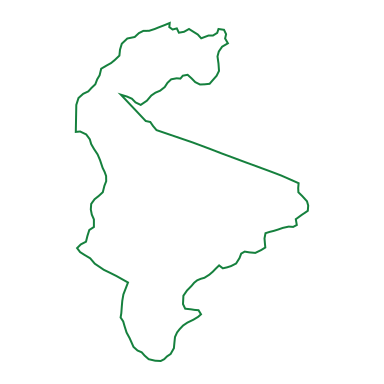 the district of Itatiaia, Rio de Janeiro, Brazil
{"feature_id": "56859067B89596650160395", "entity_name": "Itatiaia", "entity_type": "district", "adm_level": 2, "iso_a3": "BRA", "parent_name": "Brazil", "parent_adm1": "Rio de Janeiro", "projection": "mercator", "projection_center": [-44.586, -22.443], "detail": "fine", "context": "isolated", "style": "outline", "palette": "green", "viewbox_px": 384, "rotation_deg": 0, "n_neighbors": 0, "source": "geoboundaries", "source_scale": "gbopen_adm2", "svg_char_len": 2322}
<svg xmlns="http://www.w3.org/2000/svg" viewBox="0 0 384 384"><path d="M76.3,104.9L75.8,131.9L80.1,131.5L86.2,134.4L89.8,139.3L91.2,144.1L93.9,148.8L97.6,154.4L100.0,160.0L102.6,167.8L104.6,171.9L106.1,176.0L106.2,181.2L104.4,185.8L102.8,192.2L98.8,195.9L94.6,199.2L91.2,203.9L90.8,209.5L91.8,214.6L93.9,219.4L93.9,227.0L89.3,230.0L87.4,236.0L86.0,241.7L80.8,244.4L77.1,248.1L80.1,252.1L84.8,255.1L90.2,258.3L94.8,263.7L100.0,267.2L103.8,269.8L109.6,272.6L116.4,276.0L128.0,282.5L123.4,294.4L122.3,300.7L121.8,306.5L121.3,313.2L120.6,317.5L123.2,321.4L124.6,326.3L126.6,332.6L129.6,338.1L133.5,346.9L137.5,350.5L141.7,352.3L144.6,355.6L148.7,359.2L155.1,360.7L160.7,361.0L164.2,359.2L167.0,356.4L170.6,354.0L173.9,348.2L174.4,342.8L175.0,337.0L177.1,332.4L179.6,329.2L183.1,325.5L187.4,322.6L193.4,319.7L198.2,316.8L201.0,314.3L198.5,310.2L194.6,309.9L190.8,309.3L185.2,308.7L183.0,304.1L183.4,295.7L187.0,290.5L191.5,285.9L194.2,282.7L197.2,280.3L200.8,278.8L204.4,277.8L209.3,274.7L212.8,271.7L215.7,268.7L219.1,265.4L222.8,268.3L226.9,267.4L231.0,266.1L236.1,263.5L239.5,258.1L241.2,253.6L244.7,251.6L249.5,252.4L255.3,252.9L261.1,250.1L265.3,247.5L264.9,243.2L264.5,238.4L265.5,233.2L269.6,231.9L273.7,230.9L277.9,229.6L282.8,227.9L288.7,226.6L293.2,226.9L296.8,225.0L295.8,219.2L301.7,214.9L307.8,210.8L308.2,205.6L307.0,201.3L302.2,196.0L298.4,192.3L298.2,188.1L298.6,183.2L281.4,175.6L274.6,173.0L268.2,170.6L246.1,162.5L221.3,153.3L211.0,149.3L192.8,142.5L156.5,130.1L153.1,126.1L150.3,122.0L145.7,121.0L120.9,94.7L127.1,96.6L131.9,98.7L135.5,102.4L140.7,104.9L146.9,100.7L151.3,95.5L155.4,92.7L160.1,90.7L164.7,87.1L167.5,82.8L171.2,79.3L176.6,78.3L180.4,78.6L182.8,75.7L187.6,74.8L191.5,78.3L195.2,82.1L200.0,84.5L204.8,84.3L209.6,83.8L212.8,80.1L216.6,75.8L219.0,70.9L218.5,63.7L217.5,56.4L218.8,51.5L222.1,46.7L227.9,43.3L225.1,38.5L226.1,34.2L224.0,29.8L218.5,29.0L217.2,32.9L213.0,35.5L208.6,35.5L201.2,38.3L197.8,34.5L193.6,31.9L189.0,29.0L184.0,31.8L178.9,32.7L176.8,28.4L172.6,29.5L169.3,27.1L169.7,23.0L164.1,25.3L158.1,27.6L154.7,29.0L149.1,30.8L143.3,30.9L138.9,33.1L134.7,37.0L127.3,38.5L121.8,43.7L120.0,49.7L119.4,55.6L114.9,59.9L111.0,63.1L107.0,65.3L101.2,68.7L99.6,75.3L97.2,79.3L95.3,84.3L91.4,88.0L88.3,91.4L83.2,93.8L78.5,98.0L76.3,104.9Z" fill="none" stroke="#15803d" stroke-width="2"/></svg>